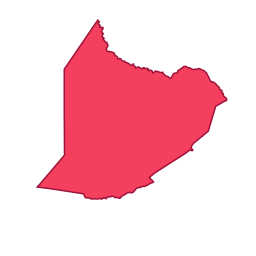 Palmas de Monte Alto, Bahia, Brazil, rotated 22°
{"feature_id": "56859067B99815103572089", "entity_name": "Palmas de Monte Alto", "entity_type": "district", "adm_level": 2, "iso_a3": "BRA", "parent_name": "Brazil", "parent_adm1": "Bahia", "projection": "mercator", "projection_center": [-43.172, -14.195], "detail": "fine", "context": "isolated", "style": "filled", "palette": "rose", "viewbox_px": 256, "rotation_deg": 22, "n_neighbors": 0, "source": "geoboundaries", "source_scale": "gbopen_adm2", "svg_char_len": 3453}
<svg xmlns="http://www.w3.org/2000/svg" viewBox="0 0 256 256"><g transform="rotate(22 128 128)"><path d="M209.1,65.6L208.7,64.5L208.1,63.6L207.1,63.6L206.3,63.0L205.2,63.0L204.3,62.0L203.7,60.9L203.1,60.2L202.1,60.4L201.5,59.1L201.1,58.2L199.9,58.0L198.5,57.7L197.6,56.6L196.8,55.8L195.6,55.6L194.5,55.1L193.4,54.4L192.2,54.1L191.2,53.5L189.9,53.7L188.7,53.5L187.4,53.9L186.3,53.1L185.1,52.0L184.3,51.2L183.3,50.2L181.9,49.2L180.9,48.2L180.3,47.7L179.4,47.2L178.3,46.9L177.4,46.5L176.4,46.3L175.4,46.4L174.1,46.4L172.5,46.2L171.3,46.3L170.6,47.0L170.1,47.7L169.1,48.1L168.1,48.2L167.5,48.9L166.5,49.4L165.4,49.4L163.8,49.3L162.8,49.1L161.9,49.3L160.9,49.8L159.9,49.3L159.0,49.2L157.8,49.5L156.5,50.2L156.0,51.5L155.2,52.6L154.4,54.1L153.9,54.8L152.9,55.8L152.8,57.0L153.0,58.5L151.9,59.1L150.9,59.5L149.9,60.5L149.7,61.9L149.3,63.7L149.3,64.9L149.1,65.7L148.1,66.3L146.6,65.5L145.2,65.3L144.0,65.6L142.9,65.3L141.9,64.9L140.8,64.7L140.0,64.0L139.4,63.3L138.5,63.9L137.2,64.4L136.2,64.4L135.2,64.5L134.1,64.6L133.1,64.7L131.9,65.1L131.7,66.0L131.2,66.8L130.4,67.7L129.3,66.4L128.4,66.0L127.5,65.9L126.7,66.2L126.1,66.9L124.8,66.9L124.9,65.8L124.0,65.4L123.0,65.6L122.4,66.4L121.5,66.6L120.7,66.0L119.6,66.3L119.2,67.7L117.8,67.9L116.5,67.6L115.1,67.6L114.1,67.7L113.5,68.7L112.4,69.5L111.7,68.5L110.7,68.1L109.7,67.6L108.8,66.7L108.3,67.5L108.2,68.4L107.2,68.8L106.1,68.4L104.9,68.1L103.9,67.9L102.2,67.8L101.1,68.3L99.8,67.2L98.7,67.8L97.7,68.0L96.7,67.5L95.7,66.7L94.4,66.6L93.4,67.3L92.5,67.6L91.8,66.3L90.6,65.7L89.6,65.7L88.6,65.5L88.0,64.6L87.2,63.8L86.4,63.5L85.4,63.7L84.5,63.8L83.3,63.7L81.8,64.1L80.5,64.7L79.5,64.2L78.7,63.2L78.0,62.6L78.2,61.5L78.5,60.7L78.6,59.8L78.3,58.6L77.3,57.6L76.5,56.8L75.5,56.6L74.2,56.4L73.2,55.8L72.4,55.4L71.4,54.8L72.2,53.8L71.1,53.5L70.1,53.0L69.5,51.9L69.6,50.6L69.7,49.7L68.5,49.3L67.9,48.6L67.2,48.1L67.2,46.9L67.7,45.5L67.2,44.4L66.3,44.3L65.4,45.0L64.2,45.2L64.1,43.9L63.1,43.1L62.1,42.9L61.1,42.5L61.4,41.4L61.8,40.5L60.8,39.9L59.6,39.3L58.8,42.7L57.9,46.6L55.9,56.0L53.4,67.5L46.9,97.3L47.4,98.7L55.8,119.5L64.6,141.2L68.3,150.1L79.3,177.0L67.3,213.1L65.9,216.7L79.8,213.1L111.3,205.7L112.6,206.8L113.5,207.7L114.3,208.4L115.2,208.6L116.0,208.2L116.9,207.7L117.8,207.5L118.9,207.5L119.8,207.6L120.7,207.4L122.2,207.0L123.2,206.1L124.6,205.9L125.8,205.4L126.9,205.1L127.5,204.2L128.6,203.8L129.6,204.1L130.6,203.2L131.5,202.3L131.9,201.6L133.1,201.7L134.3,201.7L134.5,200.5L135.0,199.5L135.6,198.9L136.6,199.0L137.4,198.2L138.4,197.8L139.7,196.8L140.9,197.1L141.9,197.3L142.8,197.3L143.4,196.6L144.3,196.3L145.7,196.5L146.8,196.2L147.4,195.0L147.7,193.6L148.5,192.7L149.2,191.8L150.1,190.8L151.0,189.5L151.5,188.7L152.3,188.0L153.2,187.5L154.1,186.8L155.3,187.1L155.9,186.2L156.8,185.8L157.2,184.8L157.5,183.8L157.8,182.8L158.1,181.9L158.3,181.0L159.1,180.1L160.1,179.3L161.6,178.6L162.6,177.6L163.4,176.6L164.3,176.3L165.7,175.6L166.7,174.5L167.3,173.5L168.1,173.0L168.9,171.5L169.8,170.6L170.6,169.9L171.4,169.3L171.9,168.5L170.5,167.7L169.2,167.1L168.0,166.9L167.3,166.2L166.4,165.7L169.1,160.6L169.8,159.5L171.4,157.2L179.4,145.9L182.8,141.1L183.3,140.4L190.4,130.5L190.9,129.7L193.1,126.1L193.4,125.2L194.4,125.1L195.9,125.1L196.4,124.4L195.9,123.7L194.9,123.4L194.1,122.9L193.8,121.9L193.9,120.4L193.9,119.3L194.3,118.5L194.8,117.0L197.8,111.6L200.5,106.7L201.2,105.3L203.6,100.9L203.5,99.6L202.0,84.0L201.2,75.0L206.9,67.7L209.1,65.6Z" fill="#f43f5e" stroke="#9f1239" stroke-width="1.5"/></g></svg>